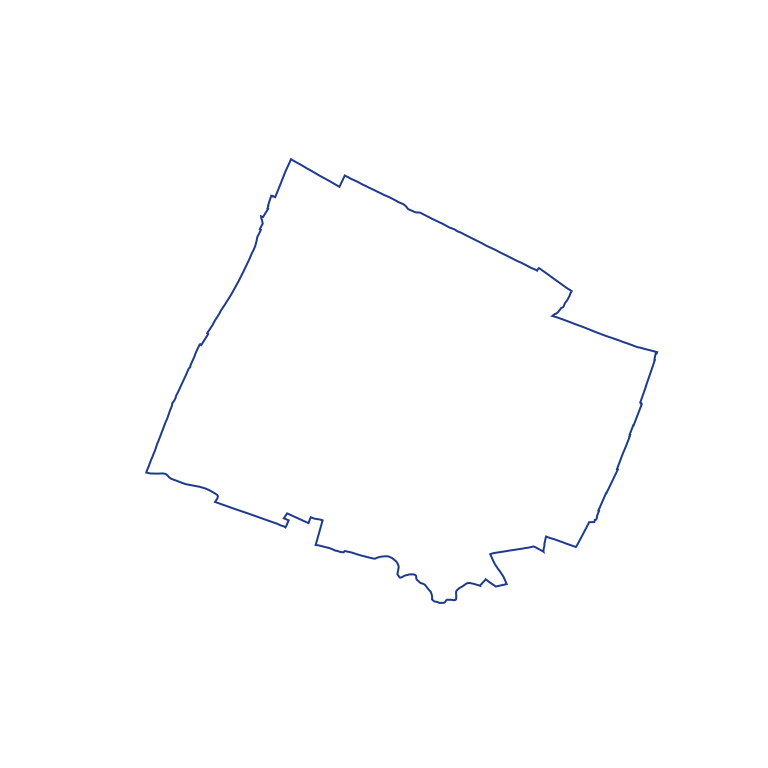 Vladeni, Botosani, Romania (orthographic projection), rotated 148°
{"feature_id": "2599482B92223550861236", "entity_name": "Vladeni", "entity_type": "district", "adm_level": 2, "iso_a3": "ROU", "parent_name": "Romania", "parent_adm1": "Botosani", "projection": "orthographic", "projection_center": [26.517, 47.71], "detail": "fine", "context": "isolated", "style": "outline", "palette": "blue", "viewbox_px": 768, "rotation_deg": 148, "n_neighbors": 0, "source": "geoboundaries", "source_scale": "gbopen_adm2", "svg_char_len": 6142}
<svg xmlns="http://www.w3.org/2000/svg" viewBox="0 0 768 768"><g transform="rotate(148 384 384)"><path d="M632.5,434.9L629.4,431.8L623.4,427.9L619.0,425.4L616.9,423.5L616.1,421.5L615.6,418.5L614.6,416.3L611.6,412.4L607.4,406.9L605.3,404.2L594.8,394.5L590.8,390.0L588.9,387.2L587.6,385.0L585.6,381.2L584.2,378.3L584.3,376.8L586.2,375.1L589.8,373.5L578.2,358.9L567.7,346.0L553.0,327.5L548.0,321.3L547.9,321.0L546.9,319.3L544.2,316.1L543.6,314.6L541.9,315.5L537.1,318.9L540.1,323.2L534.7,325.6L529.9,318.3L525.3,311.3L521.7,306.0L519.4,307.9L516.7,309.8L515.0,307.5L514.3,306.7L513.8,306.2L510.3,303.2L508.3,300.9L526.5,284.4L527.3,283.7L526.4,283.0L524.9,281.7L517.3,273.8L515.6,271.6L514.1,269.3L513.4,268.4L513.0,267.9L512.2,267.4L511.8,266.9L511.2,266.1L509.9,264.5L507.7,262.9L507.4,262.7L507.2,262.7L506.0,263.2L505.8,263.2L504.7,262.1L504.1,261.4L503.4,260.9L500.7,258.2L498.2,255.2L496.8,253.5L494.3,250.7L489.7,245.9L486.7,242.8L484.9,241.1L484.0,240.6L482.3,240.4L479.1,239.6L476.5,238.4L473.3,236.7L472.2,236.0L471.0,234.6L469.3,232.0L467.7,227.1L467.6,225.8L467.6,224.7L467.7,223.9L467.9,222.7L468.6,220.9L469.0,220.3L469.6,219.8L472.1,217.0L472.8,216.3L473.0,216.2L473.3,215.8L473.4,215.4L473.4,214.9L473.4,214.2L473.2,212.5L473.3,211.8L473.1,211.3L472.4,211.0L471.6,210.7L468.6,210.6L467.8,210.4L467.2,210.3L465.4,209.6L464.3,209.4L463.2,209.0L462.0,208.2L460.8,207.6L459.8,206.8L458.9,205.7L458.6,205.2L458.5,204.7L458.5,204.1L458.8,203.5L459.4,202.5L459.7,201.9L459.9,201.0L459.8,200.2L459.5,199.5L459.2,198.3L458.8,196.8L458.5,195.9L457.9,195.2L457.3,194.6L456.5,193.6L456.1,192.8L455.7,191.8L455.5,191.0L455.5,189.8L455.1,186.3L454.9,185.7L454.8,184.5L454.5,183.7L454.5,182.9L454.7,182.3L454.9,181.2L455.2,179.9L455.5,179.0L456.1,177.9L456.6,176.9L457.3,176.2L457.4,175.9L457.3,175.5L456.8,173.5L456.0,172.4L454.6,171.2L454.1,170.6L453.1,169.1L452.5,168.7L450.9,167.7L449.8,167.0L449.0,166.7L448.4,166.6L447.8,166.7L446.2,167.5L444.9,167.6L444.3,167.4L443.5,166.6L442.9,166.3L442.1,166.0L441.5,165.5L439.3,163.6L438.0,163.1L437.5,163.1L437.1,163.2L436.7,163.7L436.1,164.3L435.1,165.9L434.5,166.9L434.0,168.0L433.1,169.3L432.6,169.9L432.1,170.2L431.3,170.5L430.2,170.7L428.1,171.0L427.5,171.0L426.5,170.9L424.5,170.8L420.0,171.1L418.8,170.9L417.9,170.5L416.6,169.7L415.8,168.9L415.0,168.1L413.4,166.6L412.7,165.7L410.0,162.7L409.4,161.9L409.3,162.2L409.1,162.3L402.5,164.0L401.8,164.2L401.3,164.5L399.1,158.9L396.5,153.0L386.0,149.3L384.9,156.5L384.8,157.8L385.0,163.4L385.3,167.4L385.4,172.8L385.1,175.8L384.1,183.4L380.9,182.6L368.7,177.4L366.2,176.4L356.5,172.2L355.4,171.7L353.8,171.0L352.1,170.4L348.3,168.7L343.1,166.9L341.7,164.7L340.7,162.8L338.7,159.3L338.3,158.5L337.8,157.7L337.6,157.2L337.4,157.7L336.1,159.4L335.1,160.5L333.7,161.7L333.1,162.8L332.6,163.5L329.8,166.4L327.4,168.8L326.9,168.3L326.0,166.9L324.5,165.1L323.3,163.7L321.7,161.9L319.2,158.7L317.5,156.6L316.1,154.9L314.5,152.6L311.2,148.6L309.7,146.6L307.6,144.1L305.3,145.2L288.5,154.9L283.3,158.1L278.8,155.5L277.2,157.0L276.9,156.7L276.1,156.6L275.6,156.8L275.0,157.1L274.2,157.9L273.3,159.1L272.8,159.6L268.9,162.4L269.3,163.0L259.6,169.6L253.5,173.8L253.3,173.5L231.0,187.6L231.6,188.3L218.9,198.0L212.1,202.8L203.6,209.1L203.8,209.4L202.2,210.5L202.5,210.9L194.5,216.9L194.3,216.6L176.1,230.3L176.6,231.1L176.0,231.6L176.5,232.5L163.2,243.1L163.3,243.2L148.7,255.0L141.6,260.8L141.9,261.2L139.4,263.9L137.5,265.8L136.7,265.3L135.5,266.3L138.4,269.4L144.9,276.2L147.4,279.0L149.4,280.8L152.1,284.2L152.6,285.0L159.8,294.0L161.4,296.2L171.3,308.4L176.7,315.5L184.4,326.1L190.6,334.1L193.2,337.6L197.9,343.7L203.0,350.1L205.2,352.5L203.5,352.7L202.0,352.8L200.5,352.5L199.5,352.5L198.7,352.6L197.9,352.9L193.5,354.5L193.1,354.5L191.5,354.3L190.9,354.4L190.5,354.6L187.8,356.6L187.0,357.0L184.3,357.9L180.9,359.9L180.0,360.4L177.8,362.2L176.3,362.8L175.6,363.3L176.9,366.0L177.9,368.0L184.8,384.7L186.5,389.1L188.0,392.7L188.1,393.0L190.2,398.0L190.6,399.1L191.2,400.2L192.3,400.0L194.1,399.0L194.8,400.4L195.4,401.3L197.8,404.7L202.2,412.2L203.3,414.2L203.8,414.8L204.9,416.3L206.5,418.8L208.6,422.3L212.3,428.5L215.0,432.7L218.8,439.2L221.4,443.2L222.8,445.3L223.6,446.4L224.9,448.8L225.7,450.3L229.3,456.3L236.3,467.7L238.1,470.9L238.9,472.1L240.6,474.2L240.9,474.8L242.4,478.0L242.7,478.4L243.5,479.3L244.2,480.4L244.9,481.1L245.4,481.8L246.2,483.1L249.2,488.5L253.9,495.8L255.1,497.7L255.7,498.5L255.8,498.8L256.5,500.0L257.0,500.9L258.0,502.5L258.4,503.2L260.0,505.9L262.3,509.8L262.6,510.2L265.9,512.6L266.3,513.0L266.6,513.3L267.4,514.4L269.2,517.2L269.9,518.2L270.6,519.1L270.9,519.8L271.0,521.0L271.1,522.6L271.3,523.4L272.1,525.7L272.4,526.4L273.9,528.5L275.9,531.4L276.7,533.2L279.3,537.6L280.6,539.7L282.6,542.7L282.8,542.9L284.0,544.6L286.0,548.0L288.1,551.2L289.4,553.4L290.5,555.1L291.5,556.7L291.6,556.9L291.9,557.2L295.3,562.8L296.5,564.5L298.8,568.7L300.8,571.8L303.9,576.5L304.5,577.9L305.4,579.3L306.8,581.6L312.3,578.0L312.9,577.7L317.3,574.8L322.3,584.3L328.6,595.5L330.9,600.0L335.6,608.6L335.9,609.3L338.6,614.5L340.8,618.3L343.8,623.9L345.9,622.4L355.5,616.1L364.6,609.3L377.3,600.1L377.9,601.0L378.6,602.3L379.1,602.1L379.9,603.4L387.8,596.7L387.7,596.3L389.7,594.7L389.4,594.0L395.7,590.9L398.1,589.7L398.9,590.6L399.4,591.3L400.4,589.0L400.5,587.9L401.2,586.1L401.9,584.2L402.9,583.7L407.2,581.2L406.7,580.0L411.1,577.2L413.3,576.0L416.4,572.7L419.8,569.5L423.5,566.8L427.0,564.8L431.6,561.5L436.9,558.1L444.5,553.3L453.1,548.1L466.6,540.6L477.4,535.4L483.4,532.7L486.6,530.8L493.8,527.4L498.5,524.7L507.0,520.8L506.6,519.6L508.5,518.6L514.6,515.7L518.3,513.9L518.7,515.1L519.3,515.2L524.6,511.9L528.1,509.5L529.5,508.3L531.0,507.2L536.0,503.9L537.3,503.0L538.6,502.1L538.9,501.5L539.2,501.1L539.9,500.9L541.2,500.6L542.3,500.0L547.6,496.3L555.5,491.2L562.9,486.3L564.9,485.1L566.1,484.5L566.9,483.9L568.3,482.5L569.5,481.7L571.9,480.5L573.8,479.9L574.3,479.2L574.9,478.4L577.6,476.2L578.8,475.5L579.7,474.8L583.9,471.4L586.3,469.4L588.9,467.8L605.2,455.4L608.4,453.2L612.2,450.0L613.2,449.1L616.1,447.1L619.1,444.9L622.0,442.9L626.6,439.3L631.1,436.1L632.5,434.9Z" fill="none" stroke="#1e3a8a" stroke-width="2"/></g></svg>